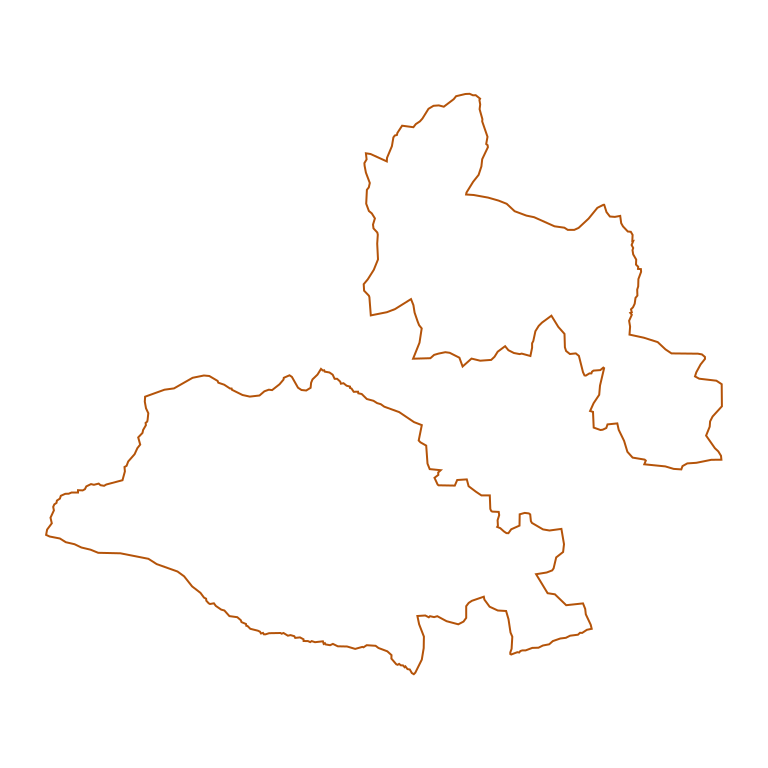 outline of Kahama, Shinyanga, United Republic of Tanzania
{"feature_id": "72390352B22692962057204", "entity_name": "Kahama", "entity_type": "district", "adm_level": 2, "iso_a3": "TZA", "parent_name": "United Republic of Tanzania", "parent_adm1": "Shinyanga", "projection": "albers", "projection_center": [32.403, -3.76], "detail": "fine", "context": "isolated", "style": "outline", "palette": "amber", "viewbox_px": 768, "rotation_deg": 0, "n_neighbors": 0, "source": "geoboundaries", "source_scale": "gbopen_adm2", "svg_char_len": 6091}
<svg xmlns="http://www.w3.org/2000/svg" viewBox="0 0 768 768"><path d="M46.1,534.9L49.6,536.5L59.9,538.5L65.8,542.2L74.5,544.2L81.4,547.5L90.6,549.7L98.2,552.8L120.4,553.3L148.4,558.8L156.7,564.1L177.5,571.5L184.1,576.3L192.1,586.4L200.5,592.9L204.0,597.6L206.1,598.7L206.3,600.7L208.7,603.3L210.0,604.0L213.9,603.3L215.8,605.9L221.2,609.6L224.4,610.5L229.4,616.1L237.3,617.2L240.8,620.2L241.5,622.1L246.0,624.0L246.3,625.8L247.5,626.0L250.3,628.8L257.9,630.7L260.0,631.7L261.0,633.5L263.0,632.9L263.9,634.3L265.6,634.3L269.1,633.2L280.5,633.0L281.6,633.7L283.5,633.0L287.9,635.7L290.5,635.1L294.3,636.2L295.2,637.9L300.0,637.4L303.5,639.3L303.6,641.0L308.0,641.1L310.2,642.1L311.7,641.1L315.0,642.2L322.9,641.3L323.7,643.9L324.9,643.2L325.5,644.4L330.1,645.2L332.9,643.9L337.8,646.3L347.1,646.5L355.2,648.9L362.3,646.9L363.5,647.3L366.7,645.2L375.6,645.8L378.5,648.0L387.3,651.3L391.5,655.1L391.4,658.6L396.3,664.3L397.7,664.8L399.1,663.9L400.8,665.3L403.0,665.4L404.6,667.2L405.4,666.4L407.5,669.1L409.8,669.5L411.8,673.0L413.8,674.2L415.3,672.7L421.8,659.6L423.7,648.1L423.9,636.6L419.1,624.2L417.4,616.0L425.3,615.5L428.8,617.3L430.0,616.2L434.1,617.1L437.3,616.2L446.6,621.2L458.3,624.3L463.5,621.6L466.2,617.9L466.2,606.2L468.7,602.9L471.9,600.8L483.8,596.7L484.4,599.6L489.6,606.7L497.8,610.5L506.1,611.0L508.5,619.2L510.5,632.5L512.3,636.7L511.6,648.8L510.3,652.4L510.3,654.0L511.2,654.5L517.3,652.2L519.2,652.5L520.4,651.0L522.4,650.4L525.6,650.4L532.3,647.9L538.5,647.7L542.9,645.5L549.2,644.3L552.8,641.1L560.3,638.5L565.9,637.8L570.1,635.7L578.0,634.7L580.0,632.8L582.2,632.9L586.9,629.8L591.7,628.8L590.7,624.7L585.8,614.3L585.2,608.9L583.0,603.4L566.2,605.2L554.9,594.3L547.6,593.2L536.1,574.2L546.7,572.5L552.2,570.4L553.6,568.4L556.2,557.4L563.1,552.0L564.0,544.2L561.4,528.9L549.5,530.5L543.0,529.4L531.9,522.9L530.9,521.1L530.2,514.4L528.8,513.4L524.7,512.9L519.7,514.3L519.5,525.6L511.2,529.3L508.4,533.2L506.4,533.1L504.0,531.5L500.3,528.2L497.2,526.9L497.9,525.7L497.6,520.2L499.2,515.1L498.7,511.9L492.2,511.6L491.1,510.8L490.3,508.9L489.8,495.4L481.4,495.4L475.9,491.7L468.6,486.2L466.8,479.4L457.2,480.0L454.8,485.6L438.5,485.3L437.6,484.5L434.5,477.8L438.3,474.9L438.2,472.5L440.7,470.2L429.7,469.1L427.5,463.6L426.2,445.6L420.4,442.3L418.7,440.5L421.8,425.1L414.0,422.1L399.2,412.1L384.3,406.7L380.8,404.2L377.1,403.1L373.5,400.8L366.8,399.0L361.7,394.0L358.3,393.3L358.0,391.7L353.7,391.8L351.5,388.5L350.0,387.9L350.0,386.6L346.6,385.7L343.5,383.2L340.9,383.7L340.2,381.6L337.1,378.8L334.6,378.8L332.7,374.7L329.5,372.5L324.7,371.6L324.2,370.3L322.8,370.5L321.0,368.9L317.5,374.6L312.5,379.4L311.1,382.8L310.6,387.8L306.2,390.5L301.5,390.0L298.0,387.7L291.9,376.9L289.5,375.3L283.8,377.8L283.5,379.6L279.5,384.3L272.1,390.1L268.8,389.7L264.4,391.3L259.5,395.5L249.8,396.6L242.5,395.0L232.0,389.8L231.6,388.5L230.0,388.5L224.2,384.7L218.3,382.7L217.6,380.9L209.3,376.0L203.9,375.5L192.6,377.8L174.0,388.4L164.5,389.7L145.1,396.7L144.8,401.7L146.0,408.3L148.3,413.2L147.6,419.8L147.2,421.6L145.6,422.9L145.9,425.2L143.1,430.0L142.5,432.9L138.2,437.4L140.2,444.6L137.4,448.1L134.6,454.2L128.2,461.5L126.6,465.8L124.5,467.0L124.9,471.4L122.5,480.2L106.3,484.5L104.1,485.8L100.5,485.2L98.7,483.6L93.9,484.8L91.0,484.1L86.3,486.4L84.9,489.2L82.7,490.4L78.0,490.2L78.0,492.5L71.6,492.5L68.7,493.7L65.3,493.8L60.8,495.8L59.9,498.6L56.9,500.6L56.5,502.9L54.3,504.4L53.2,506.9L53.9,510.4L50.5,517.7L51.8,523.3L47.1,529.6L46.1,534.9ZM365.9,153.3L366.6,159.4L364.4,163.1L364.6,165.8L365.9,172.6L369.8,183.0L368.8,187.4L366.9,189.8L366.2,203.7L368.9,211.0L371.8,213.4L374.9,218.4L373.0,224.6L373.5,228.4L377.3,232.5L377.8,234.7L377.2,243.6L378.0,259.4L373.8,269.8L367.8,279.3L363.7,284.2L364.1,290.7L368.9,295.7L369.4,297.2L370.8,315.4L386.9,312.2L395.0,309.1L411.0,299.1L413.4,305.1L414.6,312.6L417.6,321.4L419.1,325.2L421.7,328.4L419.5,342.7L413.1,358.7L430.4,358.2L434.1,354.9L438.5,353.6L445.3,352.2L449.7,352.8L459.4,357.7L462.6,366.5L471.5,358.6L480.2,360.7L491.2,359.9L494.5,356.8L497.7,351.7L505.1,346.2L508.4,350.2L513.9,353.0L519.7,354.1L521.7,353.6L530.4,356.0L532.1,347.7L532.1,343.3L533.3,341.0L535.4,331.2L538.7,325.9L542.0,322.6L551.4,315.7L558.3,326.9L564.5,333.9L564.9,347.3L566.1,351.0L569.9,354.0L575.8,353.4L578.9,355.9L583.0,372.2L584.5,375.4L585.8,375.6L589.4,373.4L591.4,373.4L592.0,371.7L593.5,370.6L600.3,370.1L603.3,367.6L604.1,368.2L600.0,385.6L599.2,394.8L593.6,403.2L590.1,411.0L593.0,411.9L593.7,427.6L600.5,430.0L602.7,429.7L606.3,428.0L607.5,424.4L617.3,423.4L618.7,429.8L624.1,440.9L627.4,451.8L632.6,457.6L644.6,459.6L645.8,460.6L644.3,464.3L665.3,466.4L673.7,468.9L681.3,469.4L682.5,466.1L687.3,463.4L696.4,462.8L711.3,459.8L721.4,459.7L721.0,455.8L718.3,451.4L714.9,448.2L706.1,435.6L709.7,426.7L710.1,421.4L712.6,416.5L721.9,406.3L721.7,384.2L716.4,380.7L699.2,378.7L695.0,376.4L696.3,372.3L700.6,364.4L705.0,358.9L704.9,356.9L701.9,354.4L698.0,353.7L671.5,353.4L665.5,349.4L657.7,342.1L643.8,337.7L629.5,334.6L630.1,326.6L629.1,320.8L631.8,314.8L630.3,312.9L631.8,312.3L631.0,309.3L633.0,307.3L634.7,303.7L635.5,297.9L637.4,295.6L637.2,289.6L638.2,286.4L638.4,279.1L641.1,271.8L640.9,269.1L638.0,268.9L638.2,266.8L636.0,264.6L636.2,259.6L633.2,254.4L632.5,250.1L633.2,248.0L631.6,245.0L633.3,240.9L632.3,241.0L632.6,234.9L630.8,231.8L627.8,231.5L623.0,226.4L621.2,223.2L620.2,215.9L614.8,216.9L609.9,216.5L606.5,212.1L604.2,204.8L603.4,204.8L597.4,207.8L588.6,218.6L578.6,227.9L574.2,229.9L567.8,229.9L564.4,227.7L554.5,226.3L534.1,217.2L526.4,215.6L514.6,211.2L506.7,203.8L498.6,200.6L488.1,197.6L473.7,195.0L466.1,194.5L466.5,192.5L473.2,181.7L478.6,174.9L481.4,166.4L482.2,159.2L487.9,147.2L487.6,145.2L486.2,144.0L487.5,136.8L482.2,121.4L482.4,119.2L479.6,109.2L480.2,104.4L479.4,100.0L480.1,98.7L475.7,95.2L473.0,95.3L469.6,93.8L465.4,94.0L456.1,96.2L453.7,99.2L443.8,106.7L438.8,105.4L433.5,105.8L428.5,108.8L422.4,118.6L419.9,121.4L415.8,124.1L413.4,127.2L402.1,125.7L397.4,132.9L396.9,135.0L394.8,135.5L393.4,137.4L391.9,146.2L387.0,157.9L386.8,161.4L370.5,154.0L365.9,153.3Z" fill="none" stroke="#b45309" stroke-width="2"/></svg>